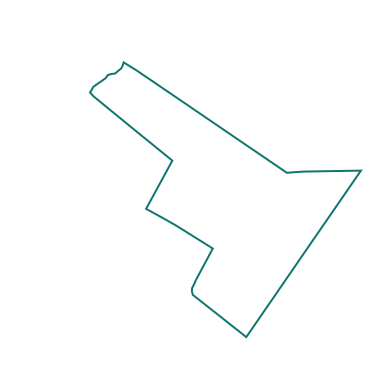 Afonso Bezerra, Rio Grande do Norte, Brazil (Equal Earth projection), rotated 29°
{"feature_id": "56859067B75768156452163", "entity_name": "Afonso Bezerra", "entity_type": "district", "adm_level": 2, "iso_a3": "BRA", "parent_name": "Brazil", "parent_adm1": "Rio Grande do Norte", "projection": "equal_earth", "projection_center": [-36.685, -5.484], "detail": "fine", "context": "isolated", "style": "outline", "palette": "teal", "viewbox_px": 384, "rotation_deg": 29, "n_neighbors": 0, "source": "geoboundaries", "source_scale": "gbopen_adm2", "svg_char_len": 676}
<svg xmlns="http://www.w3.org/2000/svg" viewBox="0 0 384 384"><g transform="rotate(29 192 192)"><path d="M54.6,154.5L60.1,156.2L121.2,167.3L123.2,167.6L159.6,174.1L159.9,212.9L160.0,224.9L160.0,229.0L182.1,228.9L195.1,229.1L232.8,231.1L237.6,231.4L238.1,267.3L238.5,270.7L238.7,276.1L239.9,278.7L242.6,281.6L294.8,290.1L309.8,292.6L311.4,276.2L314.5,244.6L319.3,194.6L329.4,91.4L280.1,119.8L272.6,124.6L270.4,126.1L265.7,129.2L217.6,124.8L153.9,118.9L136.7,117.3L88.5,112.9L85.7,112.6L69.4,111.8L70.2,116.0L70.1,118.6L68.8,121.6L67.4,125.5L63.5,128.6L61.6,130.8L61.3,134.3L56.1,144.9L54.6,148.2L54.8,150.9L54.6,154.5Z" fill="none" stroke="#0f766e" stroke-width="2"/></g></svg>